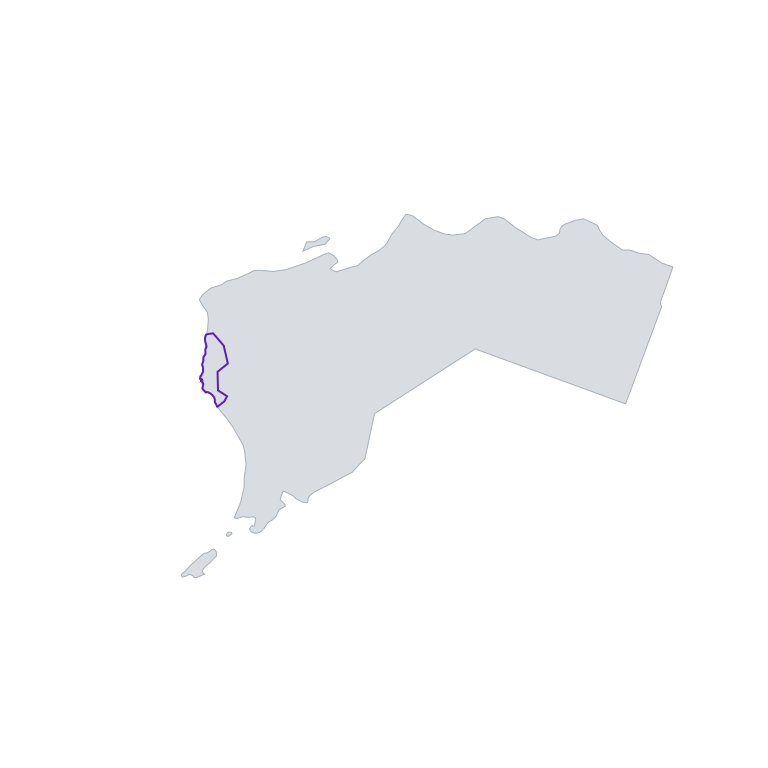 Muscat on a map of Oman (Robinson projection), rotated 221°
{"feature_id": "OMN-2426", "entity_name": "Muscat", "entity_type": "Province", "adm_level": 1, "iso_a3": "OMN", "parent_name": "Oman", "parent_adm1": "", "projection": "robinson", "projection_center": [58.687, 23.254], "detail": "fine", "context": "in_parent", "style": "outline", "palette": "violet", "viewbox_px": 768, "rotation_deg": 221, "n_neighbors": 0, "source": "natural_earth", "source_scale": "10m", "svg_char_len": 4095}
<svg xmlns="http://www.w3.org/2000/svg" viewBox="0 0 768 768"><g transform="rotate(221 384 384)"><path d="M242.7,661.9L239.8,654.4L236.8,646.8L233.8,639.3L230.9,631.7L228.8,626.4L225.2,624.6L223.1,619.0L221.0,613.3L218.8,607.6L216.6,601.8L214.5,596.1L212.3,590.4L210.2,584.7L208.0,579.0L205.9,573.2L203.7,567.5L201.5,561.8L199.4,556.1L197.2,550.4L195.1,544.7L192.9,538.9L190.8,533.2L188.6,527.5L195.7,524.8L204.3,521.5L212.8,518.2L221.4,515.0L230.0,511.7L238.6,508.4L247.2,505.1L255.8,501.8L264.3,498.5L272.9,495.3L281.5,492.0L290.1,488.7L298.6,485.4L307.2,482.1L315.8,478.8L324.3,475.6L332.9,472.3L338.2,470.3L340.4,462.6L342.3,456.3L344.1,449.9L346.0,443.6L347.8,437.3L349.7,430.9L351.5,424.6L353.4,418.3L355.2,411.9L357.1,405.6L358.9,399.2L360.8,392.9L362.6,386.6L364.5,380.2L366.3,373.9L368.2,367.5L370.0,361.2L371.7,355.4L368.6,349.8L364.5,342.3L360.1,334.4L356.0,327.1L353.0,321.7L349.4,315.2L349.9,306.8L349.8,302.7L350.2,296.3L353.7,287.4L357.9,276.1L360.9,268.5L363.6,262.0L365.7,256.8L366.8,251.4L366.3,247.6L364.9,246.2L363.8,244.4L367.7,241.5L375.0,239.6L379.1,240.0L384.8,238.6L389.3,237.4L389.6,235.7L388.4,232.8L386.5,228.7L380.2,228.2L378.3,227.1L380.5,221.0L380.4,219.0L379.6,216.7L378.7,212.9L379.2,207.9L380.5,204.6L380.5,201.9L379.9,196.3L380.1,191.3L381.5,188.8L383.9,186.5L386.1,185.4L388.4,185.4L390.3,186.4L391.0,189.0L390.5,190.8L389.2,191.1L388.7,191.8L390.6,195.3L393.3,198.7L395.4,198.1L397.8,195.4L400.3,193.3L403.4,191.4L405.7,187.7L407.6,185.3L409.3,184.9L414.3,200.0L421.7,214.1L428.2,221.8L435.0,232.4L445.4,242.1L450.1,245.4L469.4,252.2L480.0,254.8L494.5,257.2L504.6,262.5L508.0,262.9L513.2,261.3L517.1,261.4L526.7,268.6L529.5,275.5L533.6,279.1L537.1,284.8L539.4,290.8L547.6,299.9L553.3,310.1L559.2,317.7L564.4,322.4L572.3,324.2L578.7,326.4L579.4,331.4L578.7,338.0L577.5,342.9L571.7,352.4L570.3,358.3L563.6,368.0L556.4,384.2L553.1,387.8L541.4,396.2L532.8,406.3L522.6,423.8L514.9,441.2L511.9,446.7L505.7,447.9L501.6,447.4L498.7,445.7L499.9,441.0L500.5,435.7L496.8,436.3L493.5,437.4L485.7,450.3L481.5,456.0L480.6,463.3L478.5,472.6L475.5,481.2L474.1,488.4L474.2,492.5L476.4,502.5L476.6,512.8L477.9,518.9L478.9,526.3L475.3,528.6L472.2,529.7L459.8,530.5L447.3,532.9L436.4,537.1L429.8,541.4L421.3,550.9L416.0,575.0L407.7,585.2L402.0,587.4L388.4,588.2L369.3,591.1L362.6,593.5L351.3,608.3L350.5,612.9L352.6,616.2L353.3,619.9L352.3,623.4L347.2,632.8L341.7,639.6L327.0,643.8L321.7,641.3L316.8,640.0L307.3,639.9L291.9,641.5L286.2,646.5L277.3,650.0L269.0,655.5L253.4,657.6L242.7,661.9ZM405.1,146.5L404.1,147.8L402.7,147.9L399.5,146.8L397.6,144.2L398.0,141.0L398.1,135.2L399.0,129.6L398.8,123.8L396.3,122.6L394.6,122.9L398.7,114.6L400.3,113.4L401.9,113.9L405.7,113.0L407.7,108.5L409.3,106.1L411.0,106.4L411.8,107.7L411.2,114.6L411.1,120.3L408.9,137.7L406.7,140.7L405.6,143.1L405.1,146.5ZM524.2,457.5L521.1,458.4L520.2,458.0L520.2,450.7L527.5,441.6L532.3,431.1L535.6,440.5L529.8,445.7L526.7,454.7L524.2,457.5ZM404.2,170.3L402.1,171.8L400.7,171.5L401.0,168.5L401.9,166.3L404.0,166.5L404.5,167.8L404.2,170.3Z" fill="#d9dde1" stroke="#a8b0b8" stroke-width="1"/><path d="M495.1,257.4L498.1,258.8L499.0,259.0L499.8,259.4L501.6,261.3L502.5,262.1L504.2,262.7L506.5,263.0L508.9,263.0L510.9,262.5L512.0,262.1L512.4,261.7L512.8,260.7L513.2,260.6L514.2,260.9L516.3,261.0L517.4,261.2L518.4,261.7L518.8,262.5L519.8,264.7L520.3,265.2L520.5,265.3L520.7,265.6L520.9,265.9L521.1,266.0L521.5,266.0L521.8,266.0L522.1,266.0L522.8,266.7L523.2,267.2L523.5,267.6L523.8,267.6L524.1,266.8L524.2,267.1L524.3,267.3L524.4,267.6L524.5,268.0L524.8,268.0L524.9,267.8L525.1,267.2L525.4,267.5L525.6,267.5L526.2,267.2L527.4,268.9L527.7,269.9L527.5,270.7L527.9,271.5L528.4,274.1L529.1,275.2L532.0,278.1L533.7,279.0L534.4,280.0L535.3,282.5L535.8,283.4L537.3,284.9L538.0,286.1L538.4,289.5L541.6,292.9L541.8,293.4L542.1,295.1L542.3,295.5L542.5,295.8L543.9,296.9L546.5,298.6L548.2,299.9L549.4,301.5L550.3,303.3L550.7,304.5L549.6,306.2L546.3,310.1L530.1,307.8L515.3,297.0L517.6,284.0L505.1,270.3L494.4,271.8L493.1,266.1L494.7,258.0L494.7,257.8L495.1,257.4Z" fill="none" stroke="#5b21b6" stroke-width="2"/></g></svg>